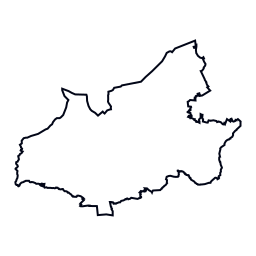 Malu Cu Flori, Dâmbovita, Romania (Natural Earth projection)
{"feature_id": "2599482B3623711215230", "entity_name": "Malu Cu Flori", "entity_type": "district", "adm_level": 2, "iso_a3": "ROU", "parent_name": "Romania", "parent_adm1": "Dâmbovita", "projection": "natural_earth1", "projection_center": [25.228, 45.153], "detail": "fine", "context": "isolated", "style": "outline", "palette": "ink", "viewbox_px": 256, "rotation_deg": 0, "n_neighbors": 0, "source": "geoboundaries", "source_scale": "gbopen_adm2", "svg_char_len": 5873}
<svg xmlns="http://www.w3.org/2000/svg" viewBox="0 0 256 256"><path d="M217.5,179.2L218.8,178.5L219.1,178.0L218.6,176.8L218.8,176.1L220.3,175.2L220.2,172.8L220.9,171.7L220.8,170.2L220.9,169.5L221.9,167.8L221.9,167.5L220.7,164.7L220.4,162.6L220.0,162.2L220.1,161.7L219.8,161.6L219.2,159.8L219.2,157.7L219.7,156.6L220.0,156.6L219.3,153.7L220.4,149.2L220.2,148.6L220.8,147.6L221.8,146.8L224.5,145.0L224.5,143.6L225.8,141.2L227.4,139.9L228.2,139.6L228.8,139.6L229.0,139.2L229.9,138.8L229.8,138.7L230.3,138.1L232.3,136.8L233.1,135.1L233.0,133.4L235.1,130.9L236.5,130.0L236.5,129.6L240.5,125.9L240.5,122.7L240.6,121.5L237.9,119.1L236.7,120.0L236.1,119.9L236.2,120.3L235.4,120.2L235.1,120.6L235.0,121.1L233.6,121.6L232.3,121.1L232.4,120.7L231.5,118.7L230.6,119.0L230.1,119.6L230.5,119.9L230.3,120.1L230.2,121.4L227.0,119.1L225.0,124.2L224.2,123.1L223.6,124.4L222.7,124.2L220.8,122.2L218.5,121.5L217.8,122.0L217.1,121.6L216.9,121.8L216.4,121.0L213.4,120.3L210.4,120.8L209.9,120.5L209.3,120.6L208.6,120.4L207.7,122.6L206.5,122.5L202.9,121.5L203.1,119.2L202.4,118.6L202.2,117.9L202.5,114.8L201.7,114.7L200.6,114.1L200.6,116.2L200.8,117.6L199.1,119.4L198.9,120.2L199.5,121.3L199.5,122.8L198.0,122.0L196.2,121.9L196.1,121.6L196.3,121.0L194.4,120.1L194.7,119.2L193.6,119.0L191.2,117.9L191.3,117.1L190.2,118.1L189.8,117.5L188.1,116.9L188.8,115.8L191.4,115.6L190.5,113.9L190.4,113.0L189.1,112.8L187.6,112.2L187.6,111.9L190.5,110.2L190.5,109.9L189.4,110.0L190.6,108.3L190.7,107.3L191.1,107.1L191.0,106.7L188.2,106.4L187.7,101.8L188.9,101.2L190.1,100.0L195.5,100.5L195.4,99.0L194.6,98.9L194.7,97.8L195.5,97.9L195.6,96.6L196.2,96.5L196.2,95.9L197.9,95.7L197.6,93.8L199.3,93.3L199.5,94.2L199.8,94.5L199.8,95.9L202.2,95.5L210.2,90.6L207.2,87.3L208.4,86.5L207.0,84.8L206.1,82.3L206.3,82.1L204.8,79.9L204.7,79.2L203.7,77.1L200.8,71.1L201.8,70.9L203.2,69.3L203.8,68.1L203.7,67.5L205.2,65.6L205.5,64.0L204.1,61.7L202.9,58.9L204.0,58.5L203.4,57.2L202.2,58.2L200.1,57.6L197.8,55.7L197.2,54.5L196.3,53.2L195.9,50.0L196.2,48.0L194.0,47.8L193.7,46.8L196.4,46.3L196.4,44.6L195.6,44.7L195.1,40.6L175.1,48.5L172.1,52.2L170.8,51.3L169.4,51.4L166.7,52.9L165.1,56.3L162.1,61.3L152.1,71.2L145.7,76.9L141.0,81.7L121.9,85.4L120.7,86.6L114.2,87.8L112.9,90.0L111.5,90.8L108.4,91.7L108.5,94.3L108.1,95.1L108.2,99.2L108.0,101.6L108.5,102.8L111.0,106.5L110.8,107.9L111.0,109.3L109.8,109.5L107.2,110.4L104.6,113.5L103.6,112.7L102.7,111.6L98.0,115.6L95.1,112.8L91.7,110.8L90.2,109.2L88.5,105.9L87.1,100.9L86.9,96.3L86.4,94.7L75.2,94.4L71.8,92.9L68.6,91.1L62.2,88.7L62.2,90.2L64.5,96.1L68.4,100.0L67.1,102.5L66.2,107.4L63.2,115.0L60.9,117.3L59.7,118.1L56.9,118.1L55.1,119.4L53.0,122.1L52.1,124.3L50.4,125.5L47.6,128.7L45.6,129.4L38.1,133.9L31.0,136.0L27.2,137.7L25.7,137.7L23.7,138.2L21.7,140.7L21.8,143.4L19.9,144.8L20.9,146.6L21.0,147.5L22.1,148.7L21.8,149.6L21.1,149.8L21.3,150.4L20.9,150.7L22.1,151.5L22.6,151.6L21.5,153.2L20.0,154.0L19.4,155.4L18.9,155.5L18.2,156.1L18.9,159.2L18.7,159.8L17.9,160.8L17.7,161.6L16.2,162.2L16.1,163.5L16.4,164.2L17.5,165.3L17.8,166.5L16.7,167.8L15.9,168.2L15.5,168.9L17.5,171.0L17.2,172.4L17.2,174.2L17.7,175.1L17.6,176.5L17.3,178.2L16.6,179.4L16.2,181.0L15.4,182.0L15.4,182.5L15.7,184.2L16.5,185.0L17.7,184.9L18.2,186.2L18.6,186.3L19.4,185.7L20.2,183.8L21.5,182.6L23.7,182.0L24.3,181.4L25.4,181.1L25.8,180.8L29.0,180.8L29.8,182.1L30.9,182.3L31.5,182.0L33.1,182.2L35.4,183.1L36.2,183.8L38.3,183.7L40.3,184.2L41.7,183.6L43.3,184.0L44.4,183.9L44.2,185.1L41.5,184.9L40.5,184.4L40.2,184.4L40.0,184.9L40.8,185.6L43.4,186.5L44.1,186.5L44.6,187.6L46.5,187.3L47.4,187.9L50.8,187.9L52.1,188.1L53.6,188.0L54.8,188.3L55.5,188.1L56.1,187.5L56.9,187.9L57.6,187.7L58.7,188.9L59.0,188.7L59.6,189.2L60.8,189.4L62.3,189.0L63.0,189.1L63.3,189.9L64.6,191.2L66.0,191.2L67.4,191.8L67.6,192.5L67.8,192.7L68.7,192.6L69.9,193.7L71.3,194.6L72.0,195.8L72.8,196.5L73.1,196.2L74.0,196.8L75.1,196.7L76.2,196.9L76.8,196.5L77.2,195.7L78.2,195.6L80.7,196.2L83.0,197.8L82.6,198.4L83.6,198.5L84.0,198.9L82.9,199.5L83.7,200.3L80.7,203.1L80.1,203.9L81.2,204.5L80.1,206.0L80.4,206.2L82.6,206.3L88.3,205.5L89.6,205.6L89.5,206.0L96.9,206.1L97.8,215.1L106.3,214.4L112.7,215.4L112.7,211.2L111.5,209.1L111.9,208.6L111.3,207.6L111.3,207.0L110.9,206.7L109.9,202.0L111.2,202.0L111.7,202.4L112.8,202.2L113.5,202.8L113.4,203.2L113.6,203.7L115.5,203.4L115.5,203.7L116.0,203.7L117.0,203.0L117.6,202.9L118.9,202.3L120.1,202.3L121.2,200.9L123.5,200.4L125.0,199.6L125.3,199.1L125.9,199.0L126.1,199.2L126.7,198.6L127.5,198.5L128.2,199.3L130.2,198.7L131.2,197.8L137.5,198.9L138.6,198.5L138.9,198.2L139.9,198.1L140.8,197.7L141.2,197.1L141.1,196.8L140.3,196.6L140.4,195.3L140.2,194.9L140.7,194.4L140.4,193.9L140.6,193.2L140.1,192.9L140.8,192.3L140.6,191.9L140.1,191.9L140.9,191.0L142.4,191.4L142.9,191.1L143.5,191.2L143.9,191.5L144.8,191.5L145.1,191.2L145.6,191.2L146.1,190.1L145.9,189.5L146.0,189.2L145.5,189.0L144.9,189.2L145.2,188.7L144.9,188.3L147.0,188.4L148.8,190.1L151.7,191.9L152.0,192.5L152.4,191.4L153.0,190.5L160.2,190.1L161.2,189.0L161.7,188.8L161.8,188.3L162.4,187.9L162.4,187.6L164.1,186.3L164.3,185.8L165.5,185.2L167.1,183.1L166.8,182.6L167.0,180.4L166.9,179.9L166.0,179.3L166.7,176.8L168.7,176.0L170.4,175.8L173.8,176.7L175.8,176.9L177.9,176.8L178.5,176.2L178.4,175.7L178.9,174.5L178.7,173.9L178.8,172.2L177.7,171.0L177.7,170.6L178.0,170.5L179.6,171.6L180.1,171.1L180.7,171.2L181.0,171.5L181.8,171.1L182.5,171.6L183.5,171.8L184.4,173.2L185.1,173.3L185.3,173.5L185.1,174.1L185.6,174.5L186.0,174.4L186.6,175.0L188.2,175.1L188.1,175.5L188.9,175.8L189.3,176.8L189.3,177.2L190.1,177.7L189.9,178.2L190.0,178.3L190.6,178.3L191.0,179.6L194.3,181.6L195.4,183.1L196.2,183.3L196.8,184.0L197.6,184.1L197.9,184.6L200.2,184.7L200.8,184.4L201.5,184.5L204.9,184.1L208.9,182.8L210.1,182.9L210.6,182.7L210.7,182.0L211.6,180.9L215.1,177.8L215.7,177.7L216.9,178.1L217.3,178.6L217.5,179.2Z" fill="none" stroke="#020617" stroke-width="2"/></svg>